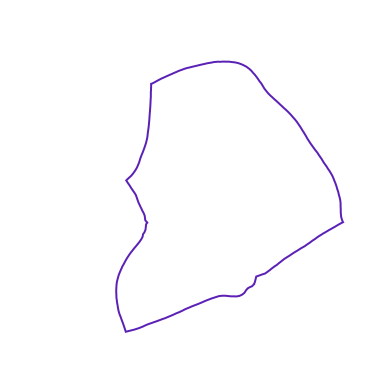 Al Qatn, Hadramawt, Yemen (Robinson projection), rotated 59°
{"feature_id": "15242507B78643865459873", "entity_name": "Al Qatn", "entity_type": "district", "adm_level": 2, "iso_a3": "YEM", "parent_name": "Yemen", "parent_adm1": "Hadramawt", "projection": "robinson", "projection_center": [48.348, 15.912], "detail": "fine", "context": "isolated", "style": "outline", "palette": "violet", "viewbox_px": 384, "rotation_deg": 59, "n_neighbors": 0, "source": "geoboundaries", "source_scale": "gbopen_adm2", "svg_char_len": 4780}
<svg xmlns="http://www.w3.org/2000/svg" viewBox="0 0 384 384"><g transform="rotate(59 192 192)"><path d="M205.3,65.6L202.7,65.5L199.8,65.5L198.3,65.5L196.2,65.6L192.3,65.6L190.7,65.7L188.8,65.8L185.6,66.0L184.2,66.2L182.7,66.4L179.5,67.0L176.1,67.6L172.7,68.4L170.1,69.1L167.7,69.9L165.5,70.5L164.7,70.7L161.7,71.6L161.2,71.7L157.7,72.7L155.3,73.5L152.8,74.2L152.1,74.4L149.5,75.2L146.6,75.9L143.9,76.3L141.5,76.6L140.5,76.7L138.8,76.7L138.1,76.7L136.6,76.7L135.2,76.7L134.6,76.7L131.8,77.1L129.2,77.2L126.5,77.4L125.3,77.6L124.0,77.7L121.3,78.3L120.9,78.3L118.1,78.8L116.9,79.2L115.6,79.6L114.4,80.1L112.7,80.8L110.5,82.1L109.3,82.9L108.0,83.8L105.2,86.1L103.4,88.0L101.7,90.1L101.4,90.6L99.7,92.7L99.2,93.4L98.1,95.3L96.7,97.4L96.5,97.7L95.0,100.6L93.4,103.2L91.9,106.3L91.0,108.9L89.7,112.1L88.4,116.1L87.4,119.0L86.4,122.3L85.3,125.7L84.8,127.2L84.3,129.0L83.3,132.0L82.6,134.6L82.3,136.3L82.0,137.7L81.3,141.3L81.0,144.2L80.9,144.5L80.6,147.0L80.1,151.0L79.7,154.1L79.5,156.1L79.0,160.1L78.8,163.7L78.7,167.1L78.5,170.3L78.2,171.3L81.0,173.0L82.0,173.7L83.8,174.8L84.8,175.6L86.3,176.5L88.6,177.9L89.1,178.2L92.0,180.2L95.0,182.2L98.1,184.3L99.3,185.2L100.8,186.2L102.0,187.1L103.0,187.8L104.1,188.6L105.4,189.5L107.4,190.9L108.0,191.3L111.0,193.5L113.3,195.2L115.6,197.0L117.9,198.9L120.4,200.8L122.2,202.2L122.5,202.5L122.8,202.7L124.6,204.5L126.4,206.3L128.4,208.6L128.5,208.7L130.8,211.5L131.6,212.5L133.0,214.3L134.6,216.5L135.7,217.9L136.8,219.2L137.6,220.1L138.5,221.1L139.4,222.1L140.3,223.2L141.0,224.3L142.1,225.7L143.5,228.0L144.0,229.0L144.7,230.4L145.8,233.0L146.8,235.8L147.0,236.9L147.3,238.4L147.9,241.2L148.0,241.8L148.2,242.4L148.6,242.4L151.4,242.3L154.0,242.1L157.3,242.1L160.2,241.9L163.3,241.7L164.8,241.7L165.8,241.7L168.2,242.2L171.6,242.9L173.6,243.3L174.3,243.4L176.8,243.6L177.3,243.7L179.8,243.9L182.4,244.2L185.1,244.3L187.7,244.7L190.2,245.7L191.0,246.1L191.7,246.5L192.1,246.5L193.0,246.5L193.4,246.5L194.0,246.3L194.6,246.2L194.9,246.1L195.1,246.1L195.3,246.1L195.4,246.4L195.4,246.5L195.4,246.8L195.5,247.0L195.8,247.5L196.2,248.1L196.6,248.4L200.4,251.3L202.2,253.8L202.9,255.6L205.0,257.5L206.4,259.8L206.9,261.0L207.7,262.7L208.8,265.7L208.8,265.9L209.0,266.2L210.0,269.1L210.5,270.6L210.9,271.7L211.7,273.7L212.1,274.9L212.6,276.1L213.6,278.4L215.3,281.9L216.8,284.7L217.1,285.1L218.9,288.1L219.6,289.4L220.3,290.6L221.0,291.4L221.8,292.7L222.1,293.1L222.5,293.6L223.7,295.3L225.6,297.8L226.7,298.9L228.3,300.6L230.4,302.7L232.7,304.5L235.6,306.5L237.4,307.7L237.9,308.0L239.0,308.6L241.0,309.7L243.9,311.3L246.3,312.3L247.3,312.8L250.1,313.9L251.9,314.6L252.9,315.0L255.5,316.0L258.3,316.8L260.2,317.2L261.1,317.3L263.3,317.7L264.1,317.9L266.3,318.3L267.5,318.5L270.0,319.0L272.8,319.6L275.4,320.2L276.7,320.5L277.7,320.7L278.5,318.0L279.3,315.4L280.4,311.8L280.6,310.7L281.1,308.7L281.4,307.3L281.7,305.5L282.1,303.0L282.1,302.6L282.4,299.8L282.9,296.8L283.1,295.9L283.6,293.6L284.1,291.0L284.3,290.5L284.3,290.2L284.8,287.7L285.4,284.5L285.5,283.7L286.3,280.0L286.7,277.2L287.2,273.9L287.6,270.9L287.9,267.8L288.4,265.0L288.8,261.1L289.0,258.0L289.2,256.5L289.5,254.7L289.9,251.5L290.5,247.9L291.1,244.7L291.6,241.3L291.7,240.7L292.0,238.2L292.3,236.0L292.4,235.4L292.7,233.7L292.9,232.5L293.2,230.8L293.7,228.5L294.4,225.6L295.1,222.6L296.2,220.1L297.6,217.6L299.4,215.1L301.1,212.9L301.8,211.8L302.7,210.4L303.2,209.5L304.4,207.7L305.5,204.8L305.8,201.7L305.4,198.9L304.1,196.4L303.8,195.3L303.7,195.1L303.5,194.5L303.4,194.2L303.4,193.9L303.4,193.6L303.2,193.1L303.7,189.0L303.2,187.2L303.1,186.7L303.0,186.3L302.9,186.3L302.9,186.2L301.3,184.2L297.6,180.5L298.7,174.8L299.5,171.4L299.3,168.3L299.2,167.5L299.0,165.5L298.6,162.7L298.3,159.8L298.2,156.8L297.9,155.2L297.7,153.9L297.6,152.5L297.3,150.5L297.1,148.8L296.9,147.5L296.8,144.1L296.8,142.6L296.8,141.4L296.7,140.2L296.6,138.1L296.5,136.0L296.5,134.3L296.5,132.2L296.5,130.6L296.4,128.8L296.4,127.5L296.5,123.1L296.2,119.9L296.2,118.5L296.1,117.1L295.7,113.6L295.7,112.8L295.6,110.2L295.4,108.7L295.3,107.4L295.2,105.5L295.2,103.9L295.2,102.4L295.1,101.2L295.2,99.1L295.2,98.1L295.2,97.2L295.2,94.7L295.3,90.9L295.4,87.2L295.4,84.7L295.4,83.3L295.6,79.1L295.7,78.1L295.2,78.1L292.4,77.6L290.0,76.9L288.6,76.2L287.4,75.7L285.1,74.4L282.7,73.0L280.9,72.1L280.5,71.8L278.1,70.4L275.2,69.1L272.6,68.2L272.1,68.1L269.9,67.5L269.6,67.4L267.2,66.6L265.3,66.2L264.0,65.9L261.5,65.2L259.9,64.9L258.6,64.6L255.9,64.2L253.2,63.7L250.8,63.4L248.9,63.3L248.3,63.3L246.7,63.3L245.0,63.3L243.1,63.4L242.1,63.5L240.6,63.5L239.7,63.5L239.2,63.5L237.2,63.7L234.5,63.9L234.1,63.9L231.1,63.9L230.2,63.9L228.6,64.0L225.6,64.2L222.4,64.3L221.3,64.5L218.9,64.8L217.5,64.9L215.3,65.1L212.8,65.3L211.6,65.4L209.1,65.5L206.1,65.6L205.3,65.6Z" fill="none" stroke="#5b21b6" stroke-width="2"/></g></svg>